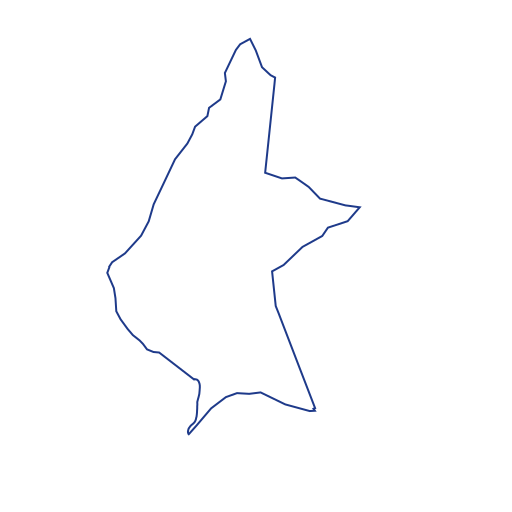 outline of Mal Maison, Soufrière, Saint Lucia, rotated 118°
{"feature_id": "8701671B16128625192304", "entity_name": "Mal Maison", "entity_type": "district", "adm_level": 2, "iso_a3": "LCA", "parent_name": "Saint Lucia", "parent_adm1": "Soufrière", "projection": "albers", "projection_center": [-61.046, 13.875], "detail": "fine", "context": "isolated", "style": "outline", "palette": "blue", "viewbox_px": 512, "rotation_deg": 118, "n_neighbors": 0, "source": "geoboundaries", "source_scale": "gbopen_adm2", "svg_char_len": 1620}
<svg xmlns="http://www.w3.org/2000/svg" viewBox="0 0 512 512"><g transform="rotate(118 256 256)"><path d="M365.0,131.4L363.9,133.5L362.6,132.4L330.6,169.3L297.9,206.9L296.4,208.6L290.9,215.1L262.0,234.6L259.3,232.8L251.0,227.4L226.1,219.2L207.2,206.9L197.2,205.8L182.2,191.4L164.3,187.3L168.4,198.4L169.3,200.7L171.3,209.3L175.3,226.4L170.3,241.8L168.9,252.9L168.3,258.2L175.3,269.5L176.8,278.6L178.2,287.0L95.8,320.3L89.5,322.9L89.5,328.0L88.7,331.1L86.5,339.3L74.6,352.7L69.6,359.7L67.1,363.2L76.5,369.4L83.5,370.5L109.0,369.4L115.9,364.6L134.5,361.0L147.2,367.0L155.3,364.6L170.4,370.5L178.5,369.4L188.9,369.4L208.6,372.9L234.1,371.7L258.4,370.6L275.8,367.0L292.0,367.0L315.2,372.9L329.0,380.1L334.4,380.6L334.8,380.2L340.7,379.4L351.1,366.4L359.2,360.3L370.4,353.4L375.5,345.8L380.7,335.1L383.7,327.5L385.2,319.1L386.7,314.5L389.6,308.4L388.9,301.5L386.7,296.2L394.1,252.7L393.5,252.4L393.2,251.2L393.0,250.6L392.9,250.0L393.0,249.5L393.2,248.7L393.7,247.7L395.2,246.0L396.6,244.9L398.4,243.9L401.3,242.6L404.4,241.3L407.4,240.5L409.7,240.0L412.5,239.3L414.1,238.4L414.8,238.0L416.2,237.4L418.1,236.4L420.7,235.2L421.7,234.7L423.6,233.9L425.7,233.1L427.1,232.8L428.0,232.5L428.6,232.4L429.6,232.2L430.9,232.2L431.8,232.3L432.6,232.5L433.5,232.8L434.1,233.0L435.2,233.5L436.0,233.8L437.2,234.1L438.1,234.2L438.8,234.3L439.5,234.4L440.3,234.4L441.1,234.2L441.7,234.1L442.5,233.8L443.1,233.6L443.7,233.2L444.1,232.8L444.7,232.3L444.9,231.7L444.2,231.5L433.5,228.9L411.6,224.1L394.7,216.3L386.0,208.4L380.9,197.3L374.3,187.9L373.3,160.5L367.7,135.8L365.0,131.4Z" fill="none" stroke="#1e3a8a" stroke-width="2"/></g></svg>